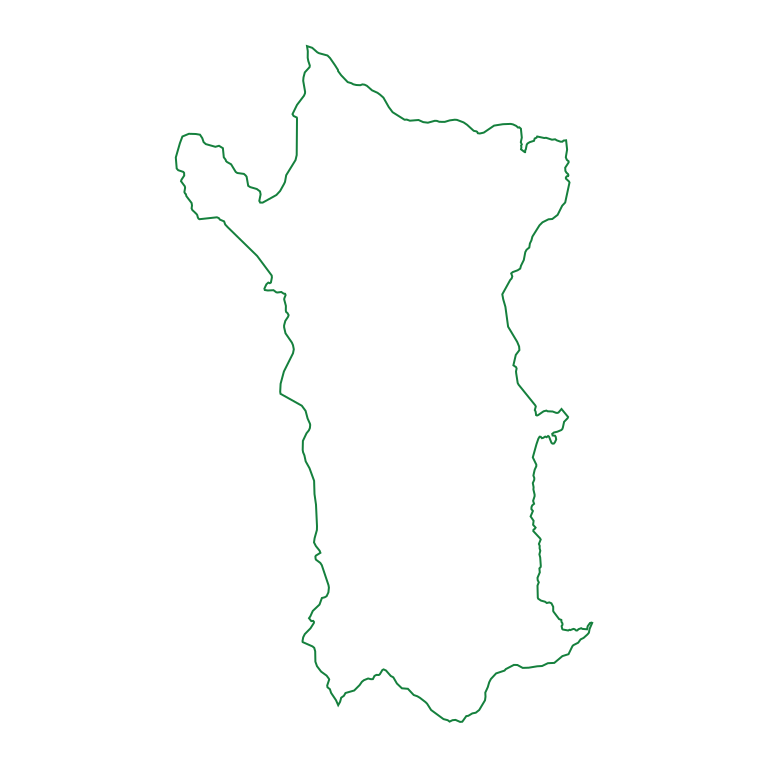 the district of Manatuto, Manatuto, East Timor
{"feature_id": "22284137B59851217666313", "entity_name": "Manatuto", "entity_type": "district", "adm_level": 2, "iso_a3": "TLS", "parent_name": "East Timor", "parent_adm1": "Manatuto", "projection": "robinson", "projection_center": [126.03, -8.608], "detail": "fine", "context": "isolated", "style": "outline", "palette": "green", "viewbox_px": 768, "rotation_deg": 0, "n_neighbors": 0, "source": "geoboundaries", "source_scale": "gbopen_adm2", "svg_char_len": 6094}
<svg xmlns="http://www.w3.org/2000/svg" viewBox="0 0 768 768"><path d="M592.2,622.9L591.5,622.6L590.0,623.0L587.7,626.2L587.0,629.3L582.4,628.9L581.2,628.2L578.5,629.2L577.3,630.4L576.2,630.5L574.6,629.2L573.4,628.9L570.3,630.1L569.4,629.8L568.2,630.5L562.8,629.5L562.2,628.9L561.6,626.1L562.5,624.8L562.4,623.3L561.5,621.9L561.3,619.9L559.1,619.1L553.6,611.8L553.2,611.0L553.2,606.8L551.4,603.3L549.3,602.4L546.8,603.0L545.0,601.7L541.0,600.6L538.2,598.7L537.8,597.7L537.5,585.6L538.8,582.3L537.7,580.2L537.5,577.8L539.8,572.4L539.4,568.4L540.6,567.1L540.8,566.0L540.2,557.5L539.4,554.3L540.3,550.8L539.6,548.3L539.7,545.8L538.9,544.0L540.7,539.5L540.1,538.4L533.3,531.1L533.5,529.7L534.9,528.7L535.6,527.6L533.1,524.8L533.6,520.8L530.6,516.4L532.9,511.0L531.4,509.1L531.5,507.1L532.2,505.4L534.1,503.8L533.1,500.9L534.6,496.2L534.6,494.6L533.4,489.4L533.6,487.2L532.8,483.1L534.2,479.9L534.3,478.0L533.4,475.6L534.0,472.7L534.7,469.7L536.3,466.2L536.3,464.6L532.8,457.4L536.5,444.1L538.4,438.6L539.6,436.7L540.7,436.8L541.9,438.2L543.3,437.8L545.2,436.6L546.6,437.2L548.1,436.0L549.0,436.6L551.4,442.7L552.4,443.6L553.8,443.6L554.9,442.3L556.2,439.4L555.7,436.8L555.0,435.7L552.6,435.5L552.2,433.9L553.9,432.5L557.4,431.7L561.4,430.0L562.4,428.9L562.9,427.4L564.1,421.8L567.6,418.2L568.1,417.0L561.5,409.0L558.5,412.5L557.5,412.9L556.3,412.9L552.6,411.5L547.7,411.3L546.4,410.6L543.6,411.3L538.1,415.1L537.0,415.5L536.1,415.1L535.6,411.5L534.8,410.1L535.8,406.5L535.3,405.4L518.6,384.7L517.7,383.0L516.2,373.4L516.0,371.4L516.6,368.6L516.1,367.2L513.4,365.3L515.8,354.9L519.4,350.1L519.1,346.5L517.2,341.9L508.1,326.7L505.4,306.8L503.2,299.2L502.3,294.3L510.2,280.0L511.6,278.5L512.3,276.3L511.2,273.4L512.7,272.1L517.6,270.3L520.2,268.6L521.0,265.7L523.8,260.0L525.3,252.1L526.6,249.7L529.3,247.5L529.9,243.5L531.4,240.4L532.4,236.6L539.5,225.3L542.5,222.3L548.5,219.3L552.3,219.0L557.6,214.9L562.2,205.7L565.2,202.5L569.5,182.5L569.0,181.5L565.9,178.6L565.9,177.4L566.8,176.3L568.1,176.1L568.4,175.2L568.1,174.2L566.4,172.6L565.4,170.9L565.2,167.7L568.6,162.5L568.6,161.3L566.8,159.8L565.8,157.3L567.1,149.6L566.1,140.3L563.5,140.6L562.4,141.7L560.6,141.7L556.9,140.4L555.1,139.3L552.0,139.7L546.1,137.8L544.2,138.0L537.2,136.5L536.5,137.7L534.7,138.5L534.0,140.8L529.6,142.2L527.4,143.6L526.7,144.8L525.8,149.4L525.3,150.1L525.1,152.1L524.7,152.1L521.0,149.3L521.4,147.3L521.1,145.6L521.8,144.5L520.8,142.2L521.8,137.6L520.9,128.7L519.3,127.3L518.1,127.6L516.2,125.9L513.0,124.4L510.7,123.9L503.0,124.2L494.1,125.6L483.8,132.6L479.8,133.5L477.8,133.2L477.2,131.9L476.5,131.4L473.7,130.8L467.1,124.8L463.6,122.4L457.0,119.9L454.8,119.7L449.7,120.4L444.7,121.9L439.3,121.8L436.9,120.9L434.8,120.8L427.9,122.7L423.2,122.1L418.5,120.0L409.9,120.7L406.8,119.6L404.5,119.7L392.6,112.2L388.8,107.1L383.4,97.6L380.1,94.7L377.5,92.8L372.0,90.3L366.9,85.8L364.6,84.7L362.4,84.4L360.3,85.2L356.3,85.0L353.3,84.3L351.4,83.2L347.7,82.1L341.2,75.3L338.1,71.1L338.0,70.0L335.1,65.4L330.0,58.0L327.5,55.5L319.0,53.2L317.3,52.3L312.2,47.8L307.0,46.1L307.8,51.1L307.7,57.8L308.3,61.0L309.8,65.5L309.6,67.1L304.8,72.4L303.5,77.4L303.2,80.8L305.1,91.8L305.0,93.3L304.0,95.7L297.0,104.9L292.5,114.1L293.6,116.0L296.8,117.5L297.0,118.7L296.7,155.1L295.5,160.1L286.2,175.2L285.0,181.9L284.0,184.0L280.1,191.0L276.4,195.0L262.7,202.6L260.2,202.6L259.3,200.9L260.6,194.4L260.0,191.4L256.8,189.0L250.2,187.1L248.2,185.8L246.6,176.7L245.6,175.4L243.9,173.9L237.3,173.0L235.7,171.9L231.1,164.3L227.0,162.0L226.0,161.0L225.6,159.7L223.8,157.3L222.9,148.2L219.0,145.8L215.4,146.8L205.8,144.1L203.6,142.1L202.3,138.2L200.0,134.7L195.8,134.0L188.9,133.8L182.4,136.5L179.9,143.2L175.8,157.5L176.7,168.5L178.2,170.2L183.3,171.9L184.1,172.9L184.2,175.6L181.5,179.7L181.0,181.2L184.8,186.3L185.1,187.8L184.4,192.0L185.0,193.4L185.9,194.2L186.4,196.2L191.6,203.0L192.0,205.5L191.6,208.4L192.4,210.1L196.4,213.9L197.2,215.0L197.9,217.6L198.6,218.7L199.5,219.2L216.9,217.3L218.8,218.1L219.9,219.6L224.1,221.4L225.2,224.5L227.8,227.3L257.1,255.9L271.7,275.5L271.9,277.5L270.9,282.5L269.8,283.2L268.3,282.6L266.4,284.3L264.4,288.6L264.8,290.0L267.8,290.5L273.5,290.2L276.3,292.3L277.4,292.5L281.3,292.0L283.6,293.6L285.1,293.8L285.6,295.1L284.3,298.4L284.2,299.5L285.9,305.9L285.8,310.4L286.1,311.9L287.5,313.1L288.6,315.1L288.1,316.7L285.3,320.9L284.1,325.4L284.1,327.2L285.5,333.3L291.9,342.6L293.0,345.2L293.8,349.3L293.0,353.3L283.9,371.5L280.6,383.8L280.2,391.8L280.5,393.8L301.8,405.7L305.6,410.9L307.6,418.5L309.9,423.6L310.2,424.9L309.9,428.0L308.9,430.3L306.5,433.3L302.9,440.9L302.7,450.0L303.1,452.3L304.4,455.4L305.7,461.4L309.5,468.2L314.1,480.8L314.5,494.1L316.0,504.7L317.0,526.2L316.9,530.0L314.6,538.2L314.0,542.4L315.9,546.1L319.6,550.7L320.4,552.8L315.9,555.6L315.4,556.5L315.6,558.9L316.1,559.8L320.3,562.9L321.8,565.2L328.5,585.2L328.9,587.6L328.4,592.4L326.6,596.2L324.7,597.3L321.9,598.0L319.5,604.6L312.8,610.9L310.3,616.4L309.0,618.2L311.3,621.1L313.2,620.9L314.0,622.0L313.8,623.1L310.5,628.3L304.8,634.1L303.2,637.3L302.5,641.1L302.7,642.1L312.5,646.4L314.2,647.8L315.2,651.3L315.4,661.7L317.0,666.2L321.1,671.6L326.6,675.6L328.8,678.6L329.2,679.5L327.2,685.5L327.5,687.3L329.9,689.2L331.1,692.9L336.0,700.2L338.2,705.2L340.1,701.8L341.2,697.7L343.9,695.8L345.5,693.0L354.2,690.5L359.6,685.1L361.9,681.8L363.9,680.2L368.1,678.5L371.0,679.2L372.9,679.1L374.5,675.9L376.4,674.9L378.8,675.0L379.8,674.3L382.4,670.0L383.6,669.4L386.0,670.5L390.8,676.0L393.3,677.3L396.9,683.5L401.9,688.3L407.9,688.8L413.7,695.0L417.4,696.3L419.9,697.8L425.5,702.1L427.1,703.7L431.1,710.0L443.5,719.1L447.7,720.2L449.6,721.6L452.5,720.2L455.5,719.9L460.1,721.9L462.3,721.7L466.3,716.1L468.3,715.8L472.3,713.4L475.8,712.7L479.2,710.0L485.0,700.3L485.5,696.7L485.3,692.6L487.8,687.1L489.2,682.3L490.9,679.0L496.1,673.4L504.5,670.6L505.8,669.1L513.9,664.9L517.4,665.0L522.7,667.9L528.7,667.7L537.2,666.3L542.1,666.0L547.9,663.2L554.3,662.9L562.4,656.1L568.5,654.2L572.4,646.2L573.3,645.2L578.2,642.7L580.6,639.4L583.6,637.9L587.5,634.4L588.9,632.7L589.6,628.9L592.2,622.9Z" fill="none" stroke="#15803d" stroke-width="2"/></svg>